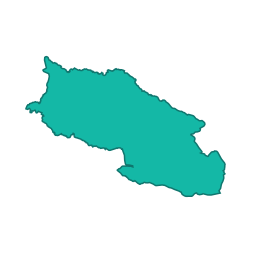 Kaniama, Katanga, Democratic Republic of the Congo, rotated 281°
{"feature_id": "63176286B16885288794784", "entity_name": "Kaniama", "entity_type": "district", "adm_level": 2, "iso_a3": "COD", "parent_name": "Democratic Republic of the Congo", "parent_adm1": "Katanga", "projection": "mercator", "projection_center": [24.189, -7.846], "detail": "fine", "context": "isolated", "style": "filled", "palette": "teal", "viewbox_px": 256, "rotation_deg": 281, "n_neighbors": 0, "source": "geoboundaries", "source_scale": "gbopen_adm2", "svg_char_len": 5848}
<svg xmlns="http://www.w3.org/2000/svg" viewBox="0 0 256 256"><g transform="rotate(281 128 128)"><path d="M181.4,32.8L178.7,33.1L171.5,36.4L170.8,36.0L168.9,33.6L168.3,33.6L167.4,34.5L166.2,39.8L163.8,40.9L160.4,40.9L158.2,40.7L156.3,40.1L154.5,40.1L152.6,41.3L149.6,41.0L148.8,41.4L146.3,40.5L145.7,39.6L145.0,39.4L144.6,38.5L144.3,38.4L144.0,38.6L143.6,38.6L143.0,38.1L142.5,38.2L141.7,37.7L141.0,37.7L140.8,37.2L140.2,36.9L138.9,36.8L138.4,37.2L137.9,37.2L137.5,36.9L136.9,37.1L136.5,37.0L136.4,36.6L135.8,36.8L135.0,36.1L135.2,35.6L135.9,35.2L136.1,34.8L136.1,34.2L135.8,33.3L136.1,32.1L135.1,30.5L134.9,29.5L134.2,28.9L133.1,26.8L132.0,26.5L131.6,25.2L130.8,25.0L130.5,24.7L127.6,24.1L127.2,24.3L127.3,24.9L127.1,25.8L127.2,26.1L128.4,27.2L128.4,27.5L127.4,28.7L124.9,28.8L124.5,29.1L124.7,30.5L125.0,30.7L126.5,30.5L126.7,32.0L127.8,33.3L127.5,33.7L125.5,34.9L125.4,35.4L125.6,35.8L126.1,36.3L127.3,36.8L126.7,39.4L126.6,40.5L125.0,40.3L124.8,40.5L124.5,42.4L124.3,42.7L123.6,42.9L123.6,42.1L123.0,41.9L122.1,42.0L121.8,41.7L121.2,41.8L120.0,42.6L119.4,42.4L118.5,42.4L117.9,43.2L117.8,44.1L117.3,44.8L116.7,47.0L116.1,47.6L114.7,48.4L114.6,49.1L114.1,49.4L112.8,52.9L111.9,53.5L111.5,54.2L109.5,55.2L109.4,55.5L109.7,56.5L109.3,57.0L109.0,57.2L108.3,56.7L107.0,58.1L107.3,58.8L107.1,59.9L107.5,61.0L109.7,63.8L109.0,64.1L108.8,64.5L108.9,65.1L108.3,66.8L108.7,67.4L108.1,68.1L108.4,69.2L107.4,69.8L107.1,70.3L107.0,70.8L107.5,72.5L107.9,72.9L108.7,73.2L109.9,73.3L110.6,73.9L110.8,74.6L111.3,75.1L112.2,75.0L112.3,75.6L111.6,76.4L110.3,76.5L108.9,77.2L109.0,77.6L108.5,79.0L108.7,80.2L108.4,80.8L108.1,83.9L107.6,84.4L107.5,85.3L107.1,85.8L107.3,86.8L106.4,88.3L106.6,88.6L106.4,89.1L105.6,89.6L105.4,91.3L104.5,91.7L103.6,92.5L103.3,93.1L104.1,95.2L104.1,95.7L103.9,95.7L103.3,96.3L102.7,97.1L103.6,97.7L103.8,98.2L103.7,99.1L104.3,100.3L103.1,102.8L103.3,103.8L102.8,104.9L103.7,107.6L103.7,108.3L103.6,108.8L102.7,109.7L103.7,110.0L103.9,110.2L103.4,110.9L103.0,112.3L102.6,113.1L102.5,113.8L102.8,114.9L105.6,120.0L106.1,120.6L106.0,121.3L106.6,122.1L106.8,122.9L107.0,124.3L106.7,125.0L105.9,125.7L106.3,126.5L104.6,127.3L100.6,129.7L95.7,130.9L92.1,132.4L91.5,133.3L91.9,136.6L91.8,139.8L90.7,140.2L91.0,137.8L90.6,136.4L90.6,135.3L89.6,130.1L89.1,129.4L87.3,128.3L86.6,127.7L86.3,126.9L84.6,125.5L84.0,126.2L82.4,129.3L80.3,131.7L80.2,132.1L80.5,133.4L80.3,134.2L80.5,134.7L80.0,135.1L80.0,135.7L79.3,136.4L79.2,136.9L77.6,138.8L77.6,139.6L77.3,140.4L77.3,141.3L76.6,142.8L76.9,143.5L76.7,144.0L77.6,144.8L75.7,148.1L75.0,150.2L75.1,150.6L75.9,151.5L76.5,153.1L77.4,153.8L77.8,154.7L77.6,155.8L77.9,157.6L78.6,159.8L77.8,163.4L76.8,166.0L76.9,166.9L78.6,172.4L78.7,175.2L77.4,179.6L77.4,182.0L76.6,185.2L75.8,190.1L75.2,191.8L75.3,192.1L75.0,192.6L73.7,193.4L73.1,194.0L72.2,196.3L72.0,197.9L73.2,203.7L74.0,204.5L76.2,205.8L77.3,207.4L77.3,207.8L76.5,208.6L76.3,209.2L76.2,211.0L77.1,213.3L77.8,214.1L77.5,219.0L78.1,222.4L81.7,230.9L83.8,229.3L86.3,230.4L90.0,230.4L91.6,230.6L93.5,231.2L95.8,231.5L97.2,231.6L100.2,230.7L101.5,231.9L102.8,230.5L103.6,230.5L104.0,230.2L104.2,229.6L105.0,230.3L105.7,230.6L107.8,230.4L108.3,230.5L108.9,230.2L110.8,230.2L112.1,229.4L115.5,225.5L121.3,220.7L122.1,219.5L122.0,217.7L121.9,217.3L121.4,217.2L120.6,215.1L120.2,214.5L116.7,212.4L115.5,212.1L115.3,211.8L115.9,209.1L117.1,208.1L117.2,206.5L117.1,204.9L117.3,204.2L117.8,205.0L118.9,205.1L122.4,201.1L125.3,198.4L127.3,195.8L127.7,195.6L130.0,195.8L130.9,195.5L131.9,194.4L133.3,191.0L133.9,191.1L134.9,193.5L136.8,194.7L137.5,197.0L138.6,198.9L139.6,199.3L140.4,199.3L141.1,199.0L141.4,198.7L144.3,202.1L146.0,202.8L147.5,202.4L148.6,201.0L149.4,199.2L148.8,197.3L148.9,196.1L149.7,194.6L150.1,192.9L151.9,190.8L152.4,189.9L152.6,188.8L152.9,184.9L152.7,184.4L152.2,184.1L152.1,183.7L153.8,180.5L153.9,179.1L154.6,177.5L154.3,176.2L154.7,173.4L156.0,170.4L156.1,169.4L155.9,168.9L156.0,167.7L157.0,166.2L159.7,163.0L161.0,160.1L161.5,159.8L162.0,159.0L162.3,158.0L161.9,156.7L161.4,156.7L161.2,156.0L160.7,155.7L160.7,154.2L162.0,152.5L162.7,152.3L163.9,151.2L164.4,149.6L164.2,148.9L164.5,148.1L164.1,146.5L164.3,145.7L164.8,144.8L164.2,144.6L165.0,143.3L164.5,142.1L164.8,141.5L165.8,141.0L166.0,140.3L166.4,139.7L166.5,138.3L167.5,136.8L167.4,136.4L167.0,136.2L167.1,135.4L166.8,134.8L167.9,134.4L168.8,133.4L168.8,132.4L170.8,130.1L171.3,129.9L171.7,128.4L172.7,127.7L173.1,126.7L175.1,125.9L175.6,126.4L175.9,126.2L176.6,126.7L177.2,126.3L177.5,125.7L177.2,124.8L177.9,124.1L179.0,121.9L179.1,120.9L179.5,120.5L179.6,119.4L180.2,119.1L181.7,116.6L181.4,114.2L182.0,113.9L182.7,113.3L183.4,113.6L183.8,112.6L183.7,112.0L184.0,110.8L183.8,109.6L183.3,109.3L183.7,108.6L183.5,107.8L183.8,107.4L183.4,106.0L183.8,105.3L183.2,105.0L183.3,104.5L183.5,104.3L183.0,103.8L182.5,103.6L182.2,103.0L181.5,102.8L181.3,102.1L180.8,101.7L181.3,97.6L180.7,96.9L180.2,96.9L179.2,97.7L178.8,97.7L178.6,96.7L178.1,96.2L177.1,96.2L175.7,95.7L175.0,94.5L175.6,92.9L176.9,93.0L177.0,92.3L177.5,91.7L176.2,90.9L175.3,89.4L175.4,89.2L175.8,89.2L176.0,88.7L175.8,88.0L176.5,87.9L176.8,86.9L176.0,84.7L176.3,84.2L176.2,83.8L176.9,82.8L176.2,82.6L176.9,81.6L177.0,80.9L177.5,80.7L177.7,80.3L177.4,79.4L177.6,78.5L177.2,77.9L178.0,75.9L177.6,75.2L177.7,74.2L177.5,73.7L176.6,73.0L176.5,72.4L175.6,71.8L175.4,70.0L175.9,69.6L175.9,69.3L175.4,68.8L175.3,68.1L176.6,64.0L175.9,63.7L175.6,63.1L174.6,62.5L175.1,61.3L174.8,60.6L174.2,60.1L173.4,59.8L172.3,60.2L171.6,59.6L172.1,58.8L171.9,58.5L171.2,58.4L171.5,57.3L172.2,56.9L172.5,56.3L173.2,56.0L174.0,53.8L173.8,52.9L173.9,52.0L174.6,50.6L175.2,50.4L175.8,50.7L176.5,48.9L176.3,47.8L176.9,46.5L177.8,45.6L177.6,44.5L178.2,43.7L177.5,42.3L177.6,41.6L178.1,41.2L179.0,39.2L179.6,38.6L179.7,37.5L181.8,36.2L182.3,35.5L182.5,34.3L182.2,33.6L181.4,32.8Z" fill="#14b8a6" stroke="#0f766e" stroke-width="1.5"/></g></svg>